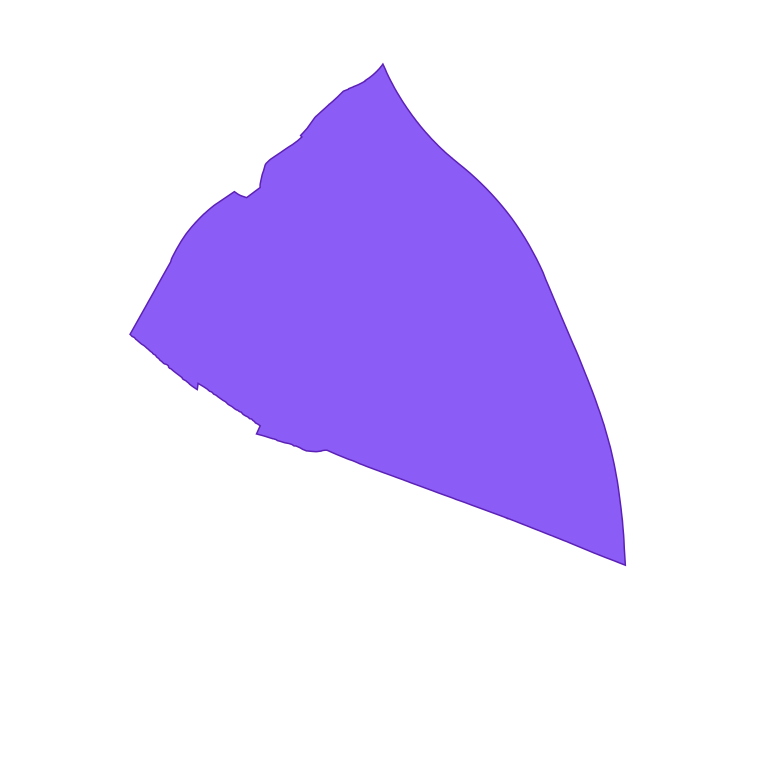 outline of Vlaardingen, Zuid-Holland, Netherlands, rotated 240°
{"feature_id": "6326949B79705923764982", "entity_name": "Vlaardingen", "entity_type": "district", "adm_level": 2, "iso_a3": "NLD", "parent_name": "Netherlands", "parent_adm1": "Zuid-Holland", "projection": "equal_earth", "projection_center": [4.333, 51.923], "detail": "fine", "context": "isolated", "style": "filled", "palette": "violet", "viewbox_px": 768, "rotation_deg": 240, "n_neighbors": 0, "source": "geoboundaries", "source_scale": "gbopen_adm2", "svg_char_len": 6087}
<svg xmlns="http://www.w3.org/2000/svg" viewBox="0 0 768 768"><g transform="rotate(240 384 384)"><path d="M106.4,502.4L111.0,504.7L117.0,507.7L121.7,510.0L128.2,513.4L133.6,516.1L139.0,518.6L143.0,520.5L146.3,522.1L151.7,524.4L157.8,527.1L163.3,529.4L169.6,532.0L176.6,534.9L183.5,537.6L189.2,539.6L194.2,541.4L199.1,543.1L203.5,544.5L208.6,546.1L216.1,548.4L220.2,549.4L223.9,550.4L226.3,551.0L229.9,551.9L235.1,553.2L238.5,554.1L241.2,554.6L245.8,555.6L251.1,556.7L257.2,557.8L264.9,559.3L272.5,560.6L280.3,561.8L286.7,562.8L291.9,563.5L297.4,564.3L303.6,565.2L310.5,566.2L316.0,566.9L321.5,567.5L325.3,567.9L352.7,571.2L385.8,575.4L393.4,576.3L401.0,577.5L408.9,578.2L416.6,578.7L424.5,578.9L431.9,579.1L440.1,579.0L447.9,578.7L455.7,578.2L463.4,577.5L471.2,576.5L478.7,575.3L486.3,573.9L490.6,573.0L495.2,572.0L502.6,570.2L510.6,568.0L515.3,566.6L518.8,565.5L523.5,564.0L531.0,561.3L537.5,558.8L544.3,556.3L550.5,554.1L551.5,553.7L552.5,553.4L553.6,553.0L554.6,552.7L555.7,552.4L556.7,552.1L557.7,551.8L558.8,551.4L559.9,551.1L560.9,550.8L562.0,550.5L563.0,550.2L564.1,549.9L565.2,549.7L566.2,549.4L567.3,549.1L569.4,548.6L571.6,548.0L573.7,547.5L575.9,547.1L578.1,546.6L579.2,546.4L581.3,545.9L583.5,545.5L585.7,545.1L587.9,544.7L589.0,544.5L591.2,544.2L593.4,543.9L595.6,543.5L597.8,543.3L600.1,543.0L602.3,542.7L604.5,542.5L606.7,542.3L609.0,542.1L610.1,542.0L612.3,541.8L614.6,541.7L616.8,541.5L619.0,541.4L621.3,541.3L622.4,541.3L624.7,541.2L626.9,541.2L629.1,541.1L631.4,541.1L633.6,541.1L634.8,541.1L639.6,541.3L643.1,541.4L647.0,541.6L652.2,542.0L655.9,542.5L661.6,543.0L661.3,542.4L661.1,541.8L660.8,541.3L660.6,540.7L660.4,540.1L660.2,539.5L659.9,538.9L659.7,538.3L659.5,537.7L659.3,537.2L659.1,536.6L659.0,536.0L658.8,535.4L658.6,534.8L658.4,534.2L658.3,533.6L658.1,533.0L658.0,532.4L657.8,531.8L657.7,531.2L657.6,530.6L657.4,530.0L657.3,529.4L657.2,528.8L657.1,528.2L657.0,527.6L656.9,527.0L656.8,526.4L656.7,525.8L656.7,525.3L656.6,524.8L656.5,524.3L656.5,523.8L656.2,519.4L655.8,519.3L655.8,519.0L655.8,517.7L655.8,516.1L655.9,514.2L656.0,512.8L656.0,512.0L656.1,511.4L656.1,510.8L656.2,510.3L656.3,509.8L656.3,509.2L656.4,508.7L656.5,508.1L656.6,507.4L656.7,506.8L656.8,506.2L656.7,505.9L657.4,501.1L657.1,500.4L657.9,495.2L656.5,489.8L655.9,487.6L654.4,480.9L653.8,477.6L653.6,476.6L653.7,476.3L653.5,476.0L652.3,470.7L651.2,465.4L649.9,459.6L649.9,459.2L649.3,457.2L644.3,446.2L644.0,445.7L642.5,441.1L640.9,436.0L639.0,436.4L638.4,433.5L638.0,431.6L637.7,429.8L637.6,428.5L637.4,427.0L637.3,425.9L637.1,424.6L637.0,421.1L636.9,418.9L636.4,412.4L636.2,410.3L636.0,406.9L635.4,398.3L635.1,396.6L634.0,392.3L633.9,392.2L633.8,391.9L633.6,391.4L633.4,391.1L633.0,390.5L628.8,386.2L627.9,385.1L626.7,383.7L625.8,382.8L623.4,380.6L619.5,377.1L619.2,376.9L618.3,376.2L617.3,375.6L616.9,375.4L616.1,375.0L614.1,358.2L617.4,355.3L619.1,353.9L620.3,353.1L621.7,352.3L622.6,351.9L625.4,350.6L625.2,347.7L624.9,343.6L623.8,328.0L623.8,327.5L623.7,327.1L623.7,326.5L623.6,325.9L623.5,325.2L623.4,324.6L623.3,324.0L623.2,323.4L623.1,322.7L623.0,322.1L622.5,319.2L621.5,314.5L621.2,312.7L619.8,307.4L618.4,302.7L618.1,301.6L616.1,295.7L615.2,293.3L614.9,292.6L614.3,291.0L612.8,287.3L612.4,286.5L612.1,285.9L610.0,281.6L609.6,280.8L608.9,279.4L608.4,278.6L607.9,277.7L607.0,276.1L604.5,271.7L603.8,270.6L602.0,267.7L599.7,264.1L598.4,262.3L596.4,260.3L588.2,246.4L581.8,235.7L578.5,230.2L576.0,226.0L573.2,221.2L571.5,218.4L554.0,188.9L553.0,189.2L551.2,189.6L549.0,191.1L546.8,191.4L545.8,191.9L542.8,192.9L540.0,193.9L536.9,195.5L535.1,196.1L533.7,196.5L532.3,197.1L529.6,197.9L528.3,198.4L527.5,198.8L527.0,199.0L526.6,199.0L526.0,199.0L525.0,199.4L523.4,200.4L523.1,200.5L521.1,200.6L519.0,201.5L518.3,201.7L516.6,201.9L516.1,202.1L514.8,202.7L512.9,203.2L511.8,203.6L511.0,204.1L510.3,204.9L509.5,205.5L508.6,206.0L507.8,206.3L507.4,206.3L507.0,206.1L506.4,205.9L505.5,206.0L504.8,206.2L503.7,207.1L501.0,208.0L498.2,209.1L490.5,212.3L490.3,212.2L489.1,212.2L488.1,212.6L486.4,213.7L485.5,214.2L484.9,214.3L482.7,215.2L480.9,215.6L478.0,216.8L476.5,217.5L472.8,219.3L472.5,219.5L477.5,223.3L471.7,226.5L467.9,228.4L465.6,229.1L464.6,229.6L463.9,230.3L463.3,230.7L462.3,231.1L461.1,231.3L460.5,231.4L458.2,233.0L456.0,233.8L450.3,236.4L448.2,237.7L447.0,238.1L444.4,238.8L443.4,239.3L441.4,240.5L440.3,241.1L437.2,242.3L435.3,243.3L434.7,244.0L434.4,244.2L433.8,244.4L432.8,244.8L431.9,245.4L431.5,245.8L431.0,246.3L430.7,246.3L428.5,246.7L427.7,247.0L425.7,248.1L423.7,249.5L423.0,249.8L422.5,250.0L421.6,250.1L421.2,250.3L420.8,250.6L420.2,251.5L419.8,251.9L418.3,252.1L417.1,252.7L415.9,253.1L415.2,253.1L414.6,253.2L413.7,253.8L412.7,254.5L411.4,255.1L409.7,255.9L404.5,248.6L401.3,251.8L399.6,253.5L398.0,255.0L392.2,260.3L391.9,260.8L389.6,262.9L388.4,263.3L386.2,265.5L384.0,267.5L382.7,268.7L379.9,272.0L379.2,272.6L377.7,274.0L375.4,275.1L374.3,276.8L370.9,279.3L368.2,280.8L367.8,281.1L367.4,281.4L365.4,283.0L365.0,283.2L364.8,283.5L364.7,283.6L364.6,283.8L362.0,287.4L361.1,288.7L360.3,289.9L359.5,291.1L359.1,291.8L357.3,296.1L357.3,296.5L357.2,296.7L357.2,297.0L357.0,297.8L356.6,298.7L356.3,299.4L356.0,300.1L355.7,300.6L355.4,301.1L355.2,301.4L354.9,301.7L349.3,305.8L347.7,307.0L346.6,307.8L343.5,310.2L342.9,310.7L341.4,311.8L341.0,312.2L339.9,313.0L339.4,313.4L338.8,313.9L338.4,314.2L337.9,314.5L336.4,315.8L336.2,315.9L335.1,316.9L333.2,318.6L332.9,318.8L331.5,319.9L329.3,321.5L328.7,322.0L327.3,322.9L327.0,323.2L326.8,323.3L325.8,324.2L323.2,326.3L322.1,327.1L316.4,331.8L307.0,339.6L305.4,341.0L298.6,346.7L296.4,348.5L291.7,352.5L289.9,353.9L287.8,355.7L285.6,357.4L282.5,360.0L268.5,371.7L262.4,376.7L259.1,379.5L256.5,381.7L253.7,384.1L251.2,386.2L249.3,387.7L248.0,388.7L246.5,390.0L246.3,390.2L241.4,394.4L234.8,399.8L229.9,403.9L223.3,409.4L219.1,412.9L212.9,418.1L209.5,420.9L208.2,422.0L205.9,423.6L206.2,423.7L171.2,451.5L163.0,458.0L158.5,461.5L157.1,462.7L151.7,466.8L147.0,470.4L142.6,473.8L137.5,477.7L132.9,481.2L126.5,486.3L122.1,489.8L117.7,493.4L110.9,498.8L106.4,502.4Z" fill="#8b5cf6" stroke="#5b21b6" stroke-width="1.5"/></g></svg>